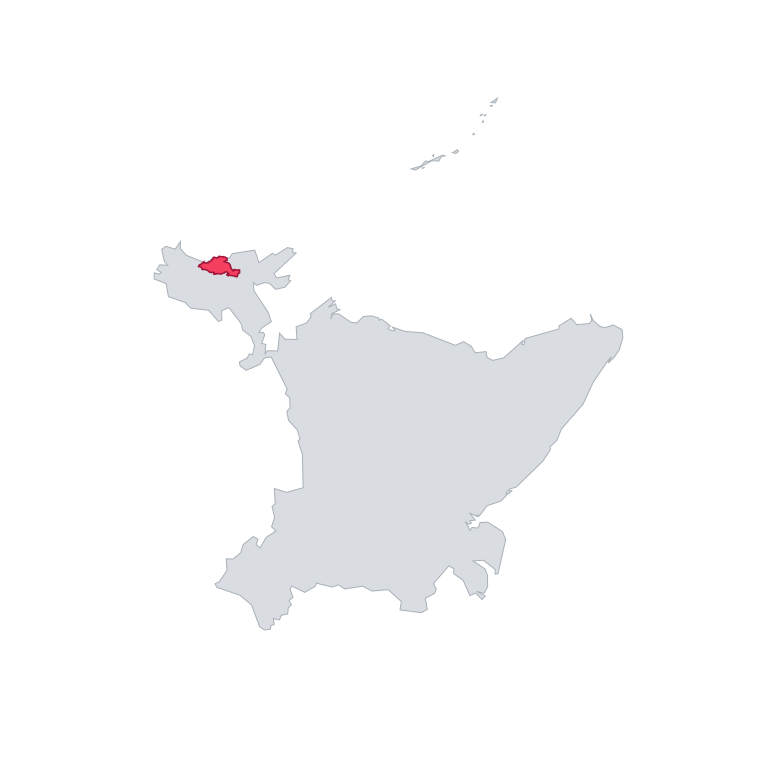 India, with Nagaland highlighted, rotated 237°
{"feature_id": "IND-2479", "entity_name": "Nagaland", "entity_type": "State", "adm_level": 1, "iso_a3": "IND", "parent_name": "India", "parent_adm1": "", "projection": "mercator", "projection_center": [94.35, 26.119], "detail": "fine", "context": "in_parent", "style": "filled", "palette": "rose", "viewbox_px": 768, "rotation_deg": 237, "n_neighbors": 0, "source": "natural_earth", "source_scale": "10m", "svg_char_len": 7300}
<svg xmlns="http://www.w3.org/2000/svg" viewBox="0 0 768 768"><g transform="rotate(237 384 384)"><path d="M149.8,348.8L158.8,347.0L159.7,340.8L176.2,343.4L187.1,339.1L190.8,342.1L196.1,339.3L189.7,316.8L183.5,316.1L180.9,312.5L181.7,301.8L171.4,297.6L171.9,290.7L185.8,274.4L192.1,280.1L209.3,275.5L216.9,261.1L225.9,256.1L233.6,239.4L240.4,236.4L241.9,230.0L253.7,218.9L251.8,216.0L252.4,204.1L264.8,196.6L263.3,193.6L254.5,191.3L254.2,186.3L249.2,186.1L248.4,181.8L243.6,178.0L245.9,171.9L243.1,167.8L247.5,163.4L242.0,160.9L243.1,157.8L240.2,155.0L242.9,149.7L248.3,147.5L271.0,152.6L285.2,148.1L304.5,133.1L308.4,133.5L307.9,138.0L313.0,150.6L323.3,156.5L319.4,162.1L320.6,172.0L326.0,178.3L327.3,191.2L322.5,193.9L319.0,189.3L314.0,190.8L319.5,201.5L319.7,213.4L325.5,211.9L331.7,219.6L342.2,223.4L342.9,227.6L356.1,235.1L346.3,243.1L341.0,259.7L369.6,277.3L382.8,280.8L383.7,283.6L392.7,286.3L405.5,284.1L413.9,287.6L415.1,292.2L424.0,297.5L429.3,295.8L432.9,300.1L468.2,304.1L470.9,297.9L468.0,290.5L470.6,275.8L477.6,273.2L481.2,274.7L480.3,283.5L482.6,287.3L480.2,289.8L486.7,296.3L496.6,298.3L506.0,294.9L512.3,297.1L532.5,295.6L533.9,287.7L526.0,282.9L526.6,279.2L541.3,277.1L552.6,263.4L560.8,261.5L574.6,250.8L586.9,255.9L597.3,248.4L602.4,252.0L598.7,255.1L598.9,258.0L603.7,255.7L606.1,260.9L601.3,267.3L606.4,266.5L618.0,270.9L618.2,276.0L610.8,282.4L614.4,290.9L608.5,287.0L599.8,288.2L582.7,300.2L582.8,310.2L573.9,323.0L576.0,327.8L566.7,348.5L553.8,345.2L554.4,361.5L551.2,363.3L551.0,377.2L547.1,381.4L544.1,378.9L541.7,381.6L536.5,351.9L531.4,351.8L526.4,364.2L523.5,360.4L521.5,362.0L519.1,353.7L522.4,344.7L530.5,342.9L534.1,339.1L536.2,330.8L540.0,329.7L533.3,325.7L507.5,325.9L497.7,323.5L497.6,311.9L495.1,307.1L493.2,310.8L490.3,310.8L484.6,303.6L481.6,306.4L474.2,300.8L475.4,304.3L469.6,312.9L483.6,324.1L475.6,325.3L468.7,335.3L479.9,341.5L477.4,352.0L479.9,359.4L483.2,360.6L485.2,387.2L482.1,385.6L480.3,388.4L478.6,379.1L477.7,387.1L472.9,385.4L470.3,387.5L471.4,378.8L467.3,374.7L470.8,379.1L467.5,384.2L453.9,389.8L450.0,394.4L451.8,403.6L448.2,410.3L442.2,415.5L440.1,414.7L439.7,417.4L429.4,420.9L428.2,417.5L424.1,419.8L423.0,422.5L427.2,422.0L416.4,430.5L405.7,444.6L377.7,464.8L376.1,473.8L368.1,477.7L360.5,477.5L355.6,487.2L350.2,484.9L344.6,488.0L340.7,498.6L344.8,524.9L342.4,521.1L340.8,522.9L345.3,527.0L334.9,560.6L337.4,562.5L337.2,576.8L328.8,577.9L322.8,589.2L324.1,592.9L330.4,595.2L323.5,594.0L314.5,596.6L310.8,600.1L308.7,608.4L300.0,613.3L292.7,609.5L284.5,599.9L280.8,591.0L279.5,583.3L283.0,589.6L281.2,583.3L271.2,559.8L258.7,540.1L249.6,508.2L242.7,498.6L240.8,488.8L238.4,488.0L232.9,475.5L225.5,438.7L227.5,432.3L227.0,430.0L224.8,433.1L224.3,431.3L224.4,427.6L227.3,427.9L224.1,426.5L222.1,418.5L225.8,404.1L221.4,392.1L223.2,390.4L221.2,390.5L229.3,385.5L220.1,386.5L222.6,381.7L219.8,381.6L220.3,378.4L224.4,377.2L214.3,376.5L215.8,379.7L212.0,384.3L215.5,389.3L211.6,395.8L195.7,403.0L187.1,401.2L162.8,376.2L164.1,373.6L167.7,376.3L182.1,371.3L187.1,362.3L173.9,368.0L167.0,366.5L157.5,360.5L153.9,353.9L159.6,348.9L151.0,353.4L149.8,348.8ZM544.1,557.0L541.1,551.4L545.2,545.7L546.3,527.0L549.6,523.9L546.7,533.9L548.4,540.5L546.4,542.2L544.1,557.0ZM561.8,627.0L561.9,634.9L559.1,630.5L561.8,627.0ZM540.6,573.0L538.4,573.1L538.2,569.8L540.7,567.4L540.6,573.0ZM554.6,614.3L554.4,616.6L553.9,614.5L554.6,614.3ZM557.1,611.1L556.2,614.2L556.5,610.9L557.1,611.1ZM559.7,624.1L558.8,626.5L558.2,625.6L559.7,624.1ZM545.5,595.5L544.0,595.7L544.7,594.4L545.5,595.5ZM543.6,558.2L542.1,559.4L542.8,557.4L543.6,558.2ZM548.8,548.8L549.6,551.0L547.9,549.3L548.8,548.8ZM550.8,610.5L549.6,610.1L550.1,608.9L550.8,610.5ZM544.2,533.8L543.5,536.2L543.9,533.6L544.2,533.8Z" fill="#d9dde1" stroke="#a8b0b8" stroke-width="1"/><path d="M584.6,299.3L584.3,298.9L584.0,298.9L583.8,299.1L583.6,299.4L583.5,299.5L583.3,299.6L583.0,299.7L582.8,299.8L582.7,299.9L582.6,300.1L582.5,300.6L582.5,300.8L582.4,301.0L582.3,301.3L581.8,301.8L581.6,302.0L581.3,302.4L581.4,302.7L581.7,303.3L581.7,303.6L581.7,303.9L581.5,304.5L581.4,305.0L581.4,305.8L581.4,306.5L581.6,307.0L581.9,307.2L582.0,307.2L582.1,307.3L582.1,307.5L581.9,307.8L582.1,309.0L582.3,309.2L582.9,309.4L583.1,309.6L583.1,310.0L582.9,310.4L582.4,311.0L581.7,311.7L581.5,311.9L580.9,312.1L580.7,312.3L580.6,312.7L580.6,313.0L580.9,314.9L580.9,315.3L580.8,315.6L580.7,315.7L580.3,315.7L580.2,315.8L578.6,318.1L578.4,318.2L578.3,318.3L578.4,318.5L578.0,318.7L577.8,318.8L577.6,319.1L577.2,319.7L576.9,320.0L576.6,320.0L576.0,320.1L575.7,320.2L575.2,320.6L575.1,320.8L574.5,320.7L574.2,320.5L573.5,320.0L573.3,319.8L573.2,319.6L573.3,319.4L573.5,318.4L573.7,318.1L573.8,317.6L573.8,317.1L573.8,316.8L573.9,316.7L573.7,316.5L572.5,317.6L572.3,317.8L571.6,318.1L571.4,318.3L571.1,318.9L570.8,319.1L570.5,319.3L569.8,319.6L568.7,319.8L568.0,319.9L567.8,319.9L567.6,319.8L567.5,319.7L567.4,319.6L567.0,319.4L566.6,319.5L566.4,319.5L566.2,319.5L565.8,319.4L565.5,319.1L565.3,319.0L565.1,318.9L564.6,318.9L564.2,319.0L563.5,318.8L561.5,319.0L561.1,319.1L560.9,319.2L560.9,319.4L560.9,319.5L560.8,319.8L561.3,320.0L561.5,320.2L561.6,320.3L561.6,320.5L561.6,320.8L560.2,322.2L559.8,322.5L559.5,322.9L559.5,323.1L559.0,324.0L558.4,324.8L558.3,325.0L558.1,325.0L558.0,324.9L557.8,324.6L557.7,324.4L557.3,324.2L557.0,324.2L556.8,324.1L556.7,324.0L556.6,323.8L556.4,323.8L556.3,323.7L556.2,323.7L555.9,323.5L555.8,323.3L555.9,323.0L555.9,322.7L555.9,322.2L555.9,321.9L555.9,321.7L555.7,321.2L555.4,320.8L555.3,320.7L555.1,320.6L554.9,320.5L554.8,320.3L554.7,320.2L554.5,319.9L554.4,319.8L554.4,319.7L554.0,319.3L554.0,319.1L554.0,318.9L554.7,318.4L555.3,317.7L556.2,317.1L557.0,316.4L557.9,315.1L558.2,314.8L559.8,313.5L559.9,313.3L560.0,313.2L559.9,313.1L559.6,312.8L559.5,312.6L559.4,312.5L559.5,312.3L559.6,312.2L559.8,312.1L560.2,311.9L560.6,311.7L560.9,311.6L561.2,311.7L561.4,311.8L561.5,311.9L561.5,312.1L561.6,312.4L561.6,312.6L561.5,312.8L561.5,313.0L561.3,313.2L561.1,313.5L561.0,313.9L561.5,313.9L562.0,313.7L562.8,313.5L563.1,313.5L563.6,313.1L563.8,312.9L564.2,312.3L564.3,312.1L564.5,311.9L564.3,311.5L564.2,311.3L564.2,311.2L564.1,310.9L564.1,310.4L564.2,310.2L564.4,309.9L564.5,309.8L564.6,309.7L564.8,308.6L564.8,308.3L564.7,308.0L564.7,307.8L564.7,307.6L566.3,305.5L566.8,304.9L567.2,304.6L567.4,304.4L567.5,304.2L567.6,303.8L567.7,302.9L567.8,302.6L568.0,302.2L568.6,301.5L569.0,301.0L569.3,301.2L569.3,301.4L569.4,301.9L569.4,302.0L569.5,302.1L569.7,302.3L569.9,302.3L570.2,302.1L570.4,302.0L570.6,301.7L570.8,301.5L571.0,301.3L571.4,300.7L571.4,300.4L571.4,300.1L571.5,299.8L572.0,299.3L572.2,299.1L572.3,298.9L572.6,298.8L572.8,298.8L573.0,298.7L573.3,298.4L573.6,298.3L574.1,298.4L575.4,297.8L575.7,297.6L576.9,296.8L577.5,296.3L578.0,295.5L578.4,294.7L578.6,294.5L579.1,294.1L579.2,293.9L579.3,293.8L579.5,293.8L579.9,294.2L580.1,294.3L580.4,294.3L580.7,294.3L581.0,294.3L581.2,294.2L583.1,293.0L583.1,292.9L583.3,292.5L583.5,292.4L583.6,292.9L583.7,293.0L583.9,293.1L584.0,293.2L584.3,293.4L584.4,293.7L584.4,293.9L584.4,294.6L584.4,294.8L584.2,295.1L584.0,295.3L583.9,295.4L583.9,295.5L583.8,295.8L583.9,296.0L584.0,296.2L584.3,296.4L584.4,296.6L584.5,296.7L584.3,297.3L584.3,297.6L584.3,297.8L584.6,298.7L584.6,299.3L584.6,299.3Z" fill="#f43f5e" stroke="#9f1239" stroke-width="1.5"/></g></svg>